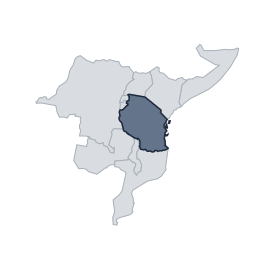 United Republic of Tanzania shown with its bordering countries, rotated 10°
{"feature_id": "TZA", "entity_name": "United Republic of Tanzania", "entity_type": "country or territory", "adm_level": 0, "iso_a3": "TZA", "parent_name": "Africa", "parent_adm1": "", "projection": "mercator", "projection_center": [35.057, -6.356], "detail": "fine", "context": "with_neighbors", "style": "filled", "palette": "slate", "viewbox_px": 256, "rotation_deg": 10, "n_neighbors": 9, "source": "natural_earth", "source_scale": "50m", "svg_char_len": 8511}
<svg xmlns="http://www.w3.org/2000/svg" viewBox="0 0 256 256"><g transform="rotate(10 128 128)"><path d="M116.4,105.8L117.6,116.3L117.1,118.8L118.1,121.7L120.9,124.4L123.6,130.7L121.6,130.1L113.8,131.6L112.4,134.7L113.5,136.9L112.0,147.8L116.7,150.7L118.1,149.7L118.5,155.2L114.7,155.1L110.9,150.2L107.2,149.5L106.1,146.9L103.1,148.5L99.2,147.8L97.5,145.5L92.1,145.2L91.8,143.6L87.9,143.2L81.6,144.3L81.8,138.4L80.2,136.5L79.8,133.5L80.5,130.5L79.6,128.6L79.5,125.5L73.5,125.5L74.0,123.7L71.5,123.8L71.2,124.6L68.2,124.8L66.2,128.9L63.5,128.2L58.6,129.3L55.6,125.1L53.0,118.5L38.6,118.4L33.4,119.6L32.8,118.1L34.0,117.6L35.0,114.2L36.7,113.1L38.0,113.6L39.7,111.7L42.4,111.8L42.7,113.2L44.5,114.0L51.5,107.0L51.3,103.0L53.4,98.2L58.9,93.3L59.5,91.8L60.4,88.3L60.7,81.2L63.1,75.5L63.9,69.1L65.8,66.6L68.4,65.0L75.5,68.5L82.8,70.0L84.9,66.6L87.1,67.1L92.6,64.7L94.5,65.7L96.1,65.6L96.8,64.4L98.7,63.9L105.5,64.6L107.1,64.0L110.1,68.1L112.3,68.7L118.6,67.2L119.7,69.3L124.0,72.5L123.7,78.2L125.7,78.9L122.2,81.9L119.3,86.8L119.1,90.7L117.9,92.6L117.9,96.3L116.5,97.6L115.2,103.6L116.4,105.8Z" fill="#d9dde1" stroke="#a8b0b8" stroke-width="1"/><path d="M173.7,93.9L173.7,76.1L179.3,69.0L182.4,68.9L186.8,65.4L193.2,65.2L207.0,50.4L202.9,50.4L186.9,44.6L181.4,37.7L184.3,33.2L185.9,34.1L189.0,38.3L191.5,38.3L201.4,36.4L209.9,33.7L214.2,33.4L219.1,32.1L221.4,30.4L223.2,30.4L222.9,37.3L218.2,50.0L210.9,63.5L206.8,69.0L201.0,75.7L184.2,88.3L178.9,94.2L176.6,97.9L173.7,93.9Z" fill="#d9dde1" stroke="#a8b0b8" stroke-width="1"/><path d="M165.0,112.6L157.9,107.7L157.6,104.9L139.0,94.3L139.0,89.2L144.6,80.4L141.9,72.3L139.5,68.9L145.9,62.7L148.4,63.5L148.4,66.3L150.1,67.9L153.5,67.9L159.7,72.1L166.7,72.9L168.2,70.9L172.6,68.8L174.6,70.5L178.0,70.5L173.7,76.1L173.7,93.9L176.6,97.9L173.2,99.9L172.0,101.9L170.2,102.3L169.5,105.7L167.9,107.7L166.9,111.0L165.0,112.6Z" fill="#d9dde1" stroke="#a8b0b8" stroke-width="1"/><path d="M121.6,130.1L133.4,135.1L135.8,137.3L137.0,141.5L135.2,146.9L136.1,151.0L134.6,152.8L133.1,157.4L135.7,158.8L120.8,162.9L121.3,166.5L117.6,167.2L114.8,169.2L114.2,171.0L112.4,171.4L105.5,178.9L96.8,177.9L93.9,175.9L90.7,175.6L86.7,176.8L80.2,169.4L80.5,153.4L90.7,153.4L90.2,151.7L91.0,149.8L90.1,147.5L90.7,145.0L90.2,143.5L91.8,143.6L92.1,145.2L97.5,145.5L99.2,147.8L103.1,148.5L106.1,146.9L107.2,149.5L110.9,150.2L114.7,155.1L118.5,155.2L118.1,149.7L116.7,150.7L112.0,147.8L113.5,136.9L112.4,134.7L113.8,131.6L115.1,131.0L121.6,130.1Z" fill="#d9dde1" stroke="#a8b0b8" stroke-width="1"/><path d="M133.4,135.1L138.2,136.0L140.9,139.7L142.3,146.5L140.9,150.3L142.3,156.8L144.0,156.7L145.7,158.3L147.8,162.0L148.2,168.5L146.1,169.6L144.6,173.1L141.4,170.0L141.0,166.4L142.0,164.0L141.8,162.0L139.8,160.7L138.5,161.2L133.1,157.4L134.6,152.8L136.1,151.0L135.2,146.9L137.0,141.5L135.8,137.3L133.4,135.1Z" fill="#d9dde1" stroke="#a8b0b8" stroke-width="1"/><path d="M142.3,146.5L145.9,146.0L151.8,147.5L156.5,146.7L158.2,145.2L161.2,145.3L166.5,143.3L170.4,140.5L171.2,142.7L171.8,159.9L172.7,162.4L169.3,169.5L166.2,172.7L156.2,177.1L143.4,188.5L142.9,192.2L145.3,196.2L146.3,200.8L147.2,200.6L146.2,208.2L147.4,209.2L146.7,211.4L144.6,213.3L134.7,218.0L132.5,220.0L133.0,222.3L134.2,222.7L133.8,225.6L130.1,225.5L128.5,218.7L129.4,212.7L125.8,201.4L130.9,195.4L133.0,191.2L133.9,172.7L131.3,171.0L129.0,170.7L125.7,168.3L121.6,168.4L120.8,162.9L135.7,158.8L138.5,161.2L139.8,160.7L141.8,162.0L142.0,164.0L141.0,166.4L141.4,170.0L144.6,173.1L146.1,169.6L148.2,168.5L147.8,162.0L145.7,158.3L144.0,156.7L142.3,156.8L140.9,150.3L142.3,146.5Z" fill="#d9dde1" stroke="#a8b0b8" stroke-width="1"/><path d="M122.2,101.5L123.6,106.1L118.7,111.5L116.7,111.7L116.4,105.8L115.2,103.6L118.1,104.0L119.6,101.2L122.2,101.5Z" fill="#d9dde1" stroke="#a8b0b8" stroke-width="1"/><path d="M139.0,94.3L123.7,94.7L119.1,96.8L117.9,96.3L117.9,92.6L119.1,90.7L119.3,86.8L122.2,81.9L125.7,78.9L123.7,78.2L124.0,72.5L126.0,71.2L129.1,72.3L133.1,71.1L136.5,71.1L139.5,68.9L141.9,72.3L144.6,80.4L139.0,89.2L139.0,94.3Z" fill="#d9dde1" stroke="#a8b0b8" stroke-width="1"/><path d="M122.0,95.2L123.9,98.0L123.7,100.9L122.2,101.5L119.6,101.2L118.1,104.0L115.2,103.6L116.5,97.6L117.9,96.3L119.1,96.8L122.0,95.2Z" fill="#d9dde1" stroke="#a8b0b8" stroke-width="1"/><path d="M134.2,135.9L133.4,135.5L132.7,135.3L132.1,135.0L131.8,134.7L131.3,134.6L130.8,134.5L130.4,134.3L129.9,134.3L129.4,134.2L129.3,133.6L129.2,133.5L128.8,133.4L128.5,133.4L128.3,133.5L128.1,133.5L127.8,133.2L127.6,133.0L127.5,132.5L127.0,132.2L126.6,132.0L125.2,132.0L125.0,131.9L124.7,131.7L124.3,131.3L124.0,130.9L123.7,130.3L123.6,129.9L123.5,129.5L123.1,128.8L122.7,127.9L122.3,127.1L121.9,126.3L121.8,125.7L121.5,125.0L121.0,124.2L120.7,123.9L120.5,123.6L119.8,123.1L119.0,122.5L118.5,122.1L117.9,121.1L117.7,120.7L117.5,120.0L117.4,119.2L117.5,118.9L118.0,118.0L118.0,117.7L118.0,117.4L117.7,116.6L117.5,116.2L117.4,115.7L117.1,115.1L116.7,114.1L116.6,113.7L116.6,113.4L116.8,112.6L117.0,111.7L118.6,111.5L118.8,111.3L119.7,110.8L120.7,109.7L120.9,109.2L121.3,108.6L121.6,108.2L121.8,108.0L121.9,107.6L122.0,107.3L122.5,106.8L123.0,106.4L122.9,106.2L123.0,106.1L123.3,105.9L123.8,105.7L123.9,105.4L123.9,105.0L123.8,104.7L123.8,104.3L123.4,104.3L122.9,104.1L122.5,104.0L122.2,103.9L122.0,103.5L122.1,103.3L122.1,103.2L122.3,102.9L122.1,102.7L122.6,101.6L122.7,101.4L122.8,101.4L123.2,101.3L123.4,101.3L123.7,101.3L123.8,101.3L124.0,101.1L124.1,100.8L124.2,100.2L124.2,99.7L124.0,99.3L123.9,98.8L124.0,98.0L123.9,97.3L123.7,96.8L123.4,96.5L123.0,96.4L122.4,95.6L122.2,95.2L122.3,95.0L122.4,94.9L122.5,94.9L122.9,94.9L123.2,94.8L123.6,94.6L123.9,94.6L124.0,94.6L124.6,94.6L125.5,94.6L126.3,94.6L127.2,94.6L128.1,94.6L128.9,94.6L129.8,94.6L130.7,94.6L131.5,94.6L132.4,94.6L133.3,94.6L134.2,94.6L135.0,94.6L135.9,94.6L136.8,94.6L137.6,94.6L138.5,94.6L139.0,94.6L139.4,94.6L139.8,94.8L140.2,95.0L141.2,95.6L142.2,96.2L143.3,96.8L144.3,97.3L145.4,97.9L146.4,98.5L147.5,99.1L148.5,99.7L149.5,100.2L150.6,100.8L151.6,101.4L152.7,102.0L153.7,102.6L154.8,103.2L155.8,103.7L156.8,104.3L157.3,104.6L157.5,105.3L157.6,105.6L157.5,105.9L157.3,106.4L157.2,106.6L157.2,106.8L157.5,106.9L157.7,107.0L157.9,107.5L158.1,107.7L158.5,108.0L159.3,108.5L160.0,109.1L160.8,109.6L161.5,110.2L162.3,110.7L163.0,111.3L163.8,111.8L164.5,112.3L164.9,112.6L165.1,112.7L165.0,113.1L164.6,114.1L164.6,114.5L164.4,115.0L164.3,115.3L163.9,116.7L163.5,117.3L163.1,118.5L163.0,119.5L163.3,120.1L163.4,120.7L163.9,121.3L164.3,121.6L164.6,121.8L165.1,122.5L165.4,123.1L166.3,123.4L166.7,124.2L166.5,124.6L166.1,125.1L165.7,125.7L165.4,126.6L165.4,127.9L165.6,127.7L166.1,128.0L166.1,129.0L165.6,130.2L165.5,130.7L165.5,131.2L165.8,132.5L166.4,133.2L166.3,133.5L166.2,133.6L167.1,134.9L167.0,135.9L167.4,136.8L167.5,137.5L167.8,138.1L167.8,138.5L167.5,138.9L168.2,139.0L168.6,139.3L168.8,139.7L169.3,139.7L169.6,139.9L169.9,140.1L170.8,140.6L171.0,140.9L171.1,141.1L170.6,141.6L169.7,142.3L168.8,143.0L168.0,143.4L167.4,143.6L166.7,143.7L166.1,144.0L165.6,144.5L164.8,144.7L163.9,144.7L163.0,145.0L162.0,145.6L161.5,145.9L160.6,145.4L160.0,145.2L159.2,145.3L158.7,145.3L158.4,145.7L158.3,146.3L157.7,146.8L156.8,147.2L156.0,147.4L155.3,147.3L154.8,147.1L154.5,146.8L154.1,146.7L153.6,146.7L153.1,146.9L152.6,147.3L151.8,147.4L150.8,147.4L150.2,147.2L150.2,146.9L149.7,146.5L148.9,146.1L148.3,146.1L147.9,146.5L147.5,146.8L147.2,146.9L146.9,146.9L146.6,146.8L145.3,146.7L144.2,146.7L144.1,146.2L143.9,145.8L143.7,145.6L143.4,145.6L143.2,145.4L143.1,145.0L142.9,144.7L142.6,144.5L142.5,144.3L142.4,144.0L142.5,143.8L142.7,143.2L142.8,142.8L142.8,142.4L142.6,142.0L142.4,141.5L142.4,141.3L142.3,141.0L142.3,140.8L142.4,140.5L142.3,140.1L142.1,139.2L141.8,138.6L141.1,137.7L139.9,136.6L139.5,136.4L139.3,136.6L139.3,137.0L139.2,137.3L139.0,137.2L138.8,137.2L138.4,136.9L138.0,136.9L137.2,136.9L136.9,137.0L136.7,136.9L136.2,136.5L135.7,136.4L135.3,136.4L134.5,135.9L134.3,135.9L134.2,135.9ZM166.4,120.0L166.8,121.0L166.7,121.2L166.5,121.3L166.3,121.3L166.2,121.2L166.1,120.8L165.9,120.9L165.5,120.5L165.2,120.5L164.9,120.0L165.0,119.5L164.9,118.8L165.3,118.4L165.5,117.7L165.7,118.2L165.8,118.9L166.1,119.7L166.4,119.9L166.4,120.0ZM168.2,113.7L168.2,114.0L168.2,115.0L168.2,115.4L167.9,116.1L167.6,116.4L167.4,116.3L167.3,116.2L167.1,116.0L167.4,114.8L167.3,113.8L167.8,113.9L168.2,113.7ZM167.5,128.9L167.2,128.9L166.9,128.7L167.2,128.5L167.5,128.1L168.1,127.6L168.3,127.3L168.4,127.2L168.4,127.6L168.0,128.5L167.7,128.5L167.5,128.9Z" fill="#64748b" stroke="#1e293b" stroke-width="1.5"/></g></svg>